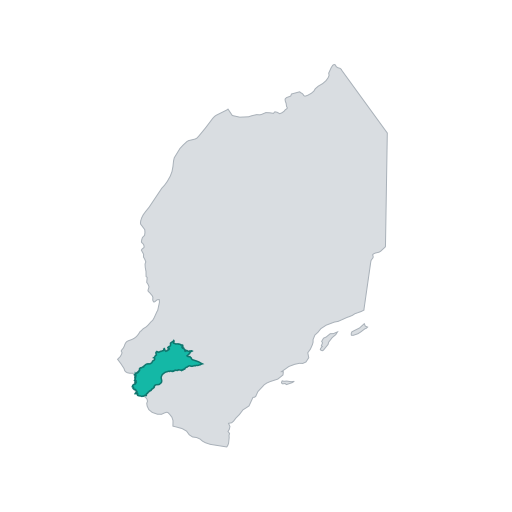 location of Namtumbo, Ruvuma, United Republic of Tanzania, rotated 54°
{"feature_id": "72390352B4837835329020", "entity_name": "Namtumbo", "entity_type": "district", "adm_level": 2, "iso_a3": "TZA", "parent_name": "United Republic of Tanzania", "parent_adm1": "Ruvuma", "projection": "equal_earth", "projection_center": [36.206, -10.673], "detail": "fine", "context": "in_parent", "style": "filled", "palette": "teal", "viewbox_px": 512, "rotation_deg": 54, "n_neighbors": 0, "source": "geoboundaries", "source_scale": "gbopen_adm2", "svg_char_len": 9233}
<svg xmlns="http://www.w3.org/2000/svg" viewBox="0 0 512 512"><g transform="rotate(54 256 256)"><path d="M208.0,357.0L203.9,354.1L200.3,352.4L197.3,350.5L196.0,348.6L193.2,347.9L190.7,347.6L188.5,345.9L183.9,345.3L183.4,344.1L183.3,341.6L182.5,340.9L180.8,340.2L179.0,340.3L177.9,340.6L177.2,340.4L175.7,338.9L174.3,337.0L173.8,334.0L171.7,332.0L169.3,330.5L162.5,330.6L161.4,330.1L159.8,328.6L157.9,326.0L156.4,323.1L155.1,319.1L153.7,313.8L145.8,292.4L145.0,288.4L143.5,283.9L141.0,278.4L138.3,274.3L134.8,270.6L130.7,266.9L128.5,264.4L124.3,254.3L123.4,249.6L122.8,244.7L123.0,242.8L125.6,236.5L125.9,234.7L125.5,232.3L124.2,227.3L122.6,221.2L119.2,210.1L118.7,207.3L118.8,205.2L120.7,193.9L120.7,192.3L128.4,192.6L134.1,187.6L139.0,180.2L140.0,177.1L142.0,172.4L144.0,170.0L144.7,168.4L145.8,163.7L148.4,160.5L150.9,158.0L150.4,156.3L150.8,155.6L152.2,154.4L154.8,153.2L155.4,150.8L155.4,148.0L154.9,146.4L155.0,144.6L154.6,143.6L152.8,143.3L150.2,141.9L148.0,141.3L146.5,140.5L146.0,139.9L145.8,138.2L147.0,133.9L145.8,132.1L148.5,125.0L148.9,124.1L149.9,124.0L151.5,123.2L152.9,122.9L154.1,123.1L155.0,122.8L155.7,122.0L156.4,119.6L156.9,115.5L156.6,112.2L155.5,109.7L155.2,105.8L155.7,100.6L155.3,96.2L154.1,92.7L152.8,90.7L150.8,89.7L147.8,84.4L146.8,81.8L147.0,80.2L148.1,79.5L150.0,79.8L151.8,79.1L153.6,77.7L155.2,77.3L156.1,77.5L233.7,77.5L324.3,145.6L324.7,146.4L325.4,152.3L325.2,154.3L323.8,157.6L323.4,159.4L323.4,160.6L323.8,161.1L324.9,161.3L326.0,162.1L326.3,162.7L327.1,165.3L328.1,166.5L362.5,199.9L363.2,200.4L362.8,203.2L360.8,210.0L360.7,212.8L359.9,216.2L359.2,218.4L357.2,227.9L355.5,231.5L353.2,239.9L352.9,246.2L354.1,250.7L354.6,254.9L357.2,259.0L359.3,260.5L360.8,262.4L363.3,266.7L364.7,271.0L369.3,273.1L371.1,277.9L370.4,281.3L368.3,284.0L366.3,288.5L364.7,294.3L364.6,303.3L365.7,301.9L368.1,304.1L368.4,310.7L365.9,318.4L365.1,322.0L365.0,325.0L366.8,334.2L369.5,338.9L369.3,340.4L368.6,341.6L373.2,349.8L372.8,357.0L374.5,362.6L375.3,367.5L376.4,371.2L376.6,373.7L375.2,376.6L378.6,377.3L380.6,379.6L381.5,381.8L384.0,381.7L385.3,383.3L387.2,384.5L391.4,388.3L392.6,390.1L393.3,391.9L381.5,403.7L377.3,406.7L374.3,408.1L371.1,408.9L368.0,410.7L365.1,413.7L361.4,415.1L356.9,415.1L352.2,417.2L344.8,423.2L340.4,419.9L337.1,418.8L333.2,418.9L330.8,419.3L329.9,420.1L329.2,422.1L328.5,425.5L326.0,428.8L321.5,431.9L317.3,433.0L313.5,432.3L311.0,431.0L309.7,429.1L307.7,428.3L305.1,428.5L302.6,429.7L300.2,432.2L296.4,433.2L291.2,432.9L288.4,431.7L288.0,429.7L285.7,427.3L281.5,424.6L278.4,424.6L276.5,427.2L274.7,428.8L273.0,429.5L271.6,429.6L269.4,428.9L263.7,428.6L258.2,428.7L257.6,424.9L256.5,422.6L255.5,421.2L253.6,420.9L253.1,419.8L252.5,417.5L251.5,415.5L250.3,413.8L249.6,412.3L249.3,410.8L249.5,409.3L250.6,405.4L251.0,402.8L250.9,400.0L250.2,397.2L248.9,393.9L249.1,393.0L248.6,390.7L248.6,389.1L248.8,387.1L248.6,384.5L247.4,379.0L247.4,377.6L246.2,374.9L242.6,368.5L242.4,367.7L236.7,361.3L234.4,359.9L233.6,361.1L233.3,362.2L233.5,364.2L233.4,365.3L233.2,365.7L231.8,365.7L230.9,365.4L228.8,363.7L227.1,363.3L222.9,363.6L221.4,364.0L220.3,363.6L218.1,360.7L215.5,360.0L213.1,359.9L209.3,356.6L208.0,357.0ZM369.9,249.7L371.8,256.8L371.6,258.1L370.2,258.9L369.5,259.0L368.7,257.9L368.1,255.5L367.1,256.0L365.4,253.2L363.7,253.1L362.2,249.7L362.8,246.7L362.5,241.6L364.3,239.0L365.3,234.7L366.5,237.7L366.8,242.3L368.4,247.8L369.9,249.7ZM379.1,207.5L379.3,209.2L378.9,210.8L379.0,215.8L378.8,219.2L377.4,223.8L376.2,225.4L375.2,224.9L374.4,224.2L373.7,222.9L375.1,214.4L374.4,208.2L377.0,208.8L379.1,207.5ZM375.1,309.6L373.7,310.0L373.2,309.6L372.4,308.2L373.8,307.0L375.2,304.7L378.4,301.4L379.9,298.7L379.7,301.3L377.9,307.0L376.3,307.4L375.1,309.6Z" fill="#d9dde1" stroke="#a8b0b8" stroke-width="1"/><path d="M311.7,362.8L311.1,363.1L310.9,363.3L308.1,364.5L305.8,366.0L302.5,368.4L301.8,368.6L301.0,368.5L300.4,368.3L300.0,368.4L299.5,368.6L298.5,368.6L298.1,369.4L297.5,370.0L296.9,370.4L296.2,370.5L296.1,369.0L295.9,368.3L295.8,368.1L296.0,367.7L295.8,367.3L295.9,367.1L295.5,366.3L295.1,366.3L294.8,365.6L294.8,365.3L294.9,365.2L295.1,365.1L295.1,364.8L295.3,364.0L295.1,364.0L295.2,363.6L294.8,363.8L294.6,364.2L294.7,364.7L294.4,364.8L294.4,365.1L294.2,365.2L294.1,365.6L293.9,365.5L293.7,365.7L293.7,366.2L293.5,366.6L293.0,367.0L291.9,367.4L291.8,367.5L291.7,368.5L291.5,368.4L291.2,368.8L291.0,368.7L291.0,368.8L290.9,368.7L290.8,369.1L290.4,369.0L290.4,368.9L289.9,368.8L289.6,368.7L289.2,368.8L289.2,368.7L288.2,368.9L288.0,368.7L287.8,368.8L287.8,368.7L287.6,369.1L287.5,368.9L287.3,369.1L287.2,369.1L287.2,369.4L286.9,369.4L286.7,369.4L286.6,369.2L286.5,369.4L286.3,369.3L286.1,369.4L285.9,369.1L285.8,368.7L285.7,368.7L285.4,368.6L285.6,368.0L285.2,367.8L285.0,368.0L284.8,367.9L284.5,368.4L284.6,368.6L284.5,368.4L284.1,368.6L283.8,368.8L283.7,368.9L283.6,369.1L283.4,369.0L282.6,369.5L282.2,370.0L282.1,369.9L281.8,370.1L281.7,370.2L281.8,370.4L280.9,371.2L279.9,372.8L278.9,373.2L278.1,374.0L277.7,373.8L277.2,373.1L277.1,372.7L276.7,372.6L276.5,372.3L276.3,372.2L276.0,372.2L276.3,373.1L276.2,374.6L276.2,376.2L276.3,376.5L276.7,376.6L277.0,376.9L278.3,377.9L278.3,378.7L278.4,379.0L278.1,379.5L278.1,380.3L278.2,380.6L278.2,381.1L278.4,381.3L278.6,381.3L279.0,381.1L279.4,380.6L279.9,380.5L280.3,380.7L280.5,381.5L280.5,382.6L280.5,382.8L280.3,382.7L280.4,383.0L280.2,383.5L280.2,384.9L279.7,385.1L279.0,385.1L278.5,385.0L278.4,384.9L277.8,384.9L277.6,384.7L277.2,384.6L277.2,384.8L277.4,385.0L277.2,385.0L277.3,385.2L277.2,385.4L277.8,385.6L277.9,386.0L278.0,386.4L278.0,387.0L277.7,387.3L277.4,388.8L277.1,389.1L276.9,389.5L276.9,389.8L277.0,390.0L276.9,390.3L277.0,390.5L276.6,391.0L276.7,391.4L276.5,391.7L276.1,391.7L276.0,391.9L275.3,392.1L275.0,392.4L275.3,392.7L275.3,392.9L275.1,393.3L275.2,393.6L275.7,394.1L276.3,394.1L276.7,394.5L277.5,394.7L277.6,396.4L278.2,397.3L278.2,398.5L278.7,398.1L279.0,398.2L279.8,398.4L280.4,399.6L280.4,400.3L280.2,400.8L280.3,401.6L281.1,402.9L281.0,405.1L280.0,406.4L279.9,406.8L279.6,406.9L279.5,407.4L279.2,407.8L279.1,408.2L279.0,409.2L279.1,409.6L279.1,411.2L279.4,411.7L279.7,412.0L279.5,412.5L279.2,412.7L279.1,413.5L279.2,413.8L279.2,414.3L278.5,415.3L278.5,415.5L278.7,415.8L278.7,416.0L278.8,416.2L278.7,416.4L278.8,416.6L279.2,416.7L279.5,417.1L279.6,417.3L280.0,417.3L280.3,417.9L280.2,418.1L280.4,418.3L280.3,418.5L280.5,418.9L280.2,418.8L280.3,419.2L280.4,419.3L280.4,419.5L280.5,419.4L280.4,419.6L280.6,419.7L280.4,420.0L280.5,420.2L280.4,420.2L280.4,420.4L280.5,420.3L280.5,420.7L280.6,420.9L280.7,421.2L280.8,421.3L280.8,421.7L280.6,421.7L280.6,421.9L280.5,422.0L280.7,422.4L281.0,422.9L280.9,423.1L280.4,423.0L280.6,423.2L280.5,423.3L280.5,423.6L280.3,423.5L280.6,423.8L280.7,423.6L280.9,423.6L281.4,424.0L281.9,424.0L282.2,423.5L282.3,423.5L282.5,423.9L282.7,424.9L282.8,425.0L282.9,424.5L283.1,424.8L283.3,424.7L283.5,425.2L283.9,425.6L284.1,425.5L284.7,425.9L284.7,426.2L285.2,426.9L285.3,427.4L285.6,427.3L286.3,426.9L286.3,426.6L286.5,426.4L286.8,426.6L286.8,426.9L286.7,427.4L286.9,427.8L287.3,428.0L287.4,428.3L287.7,428.4L288.0,427.7L288.3,428.3L288.6,428.7L288.5,429.0L288.3,429.4L288.3,430.0L288.1,430.5L288.2,431.0L288.1,431.4L288.4,432.0L289.0,432.9L289.5,432.5L290.3,432.3L290.5,432.5L290.6,433.2L290.9,433.3L291.5,433.2L291.8,432.9L292.4,433.0L293.1,432.0L293.6,432.2L293.9,432.0L294.6,432.1L295.7,432.0L296.4,432.6L296.0,433.8L296.1,434.3L296.3,434.7L297.1,433.7L297.3,433.6L297.7,432.6L298.0,432.7L298.4,433.0L298.5,433.3L298.8,433.6L299.3,433.6L300.5,432.7L301.2,431.8L302.5,430.9L302.7,430.6L302.8,429.8L303.2,429.6L303.4,427.8L304.3,427.1L304.4,426.8L304.3,426.6L303.6,426.4L303.5,425.9L303.1,425.5L303.1,425.2L303.3,424.9L303.2,424.7L303.3,424.4L303.0,424.1L303.0,423.7L302.8,423.4L302.9,423.1L302.8,422.9L302.9,422.5L302.8,422.0L302.6,421.6L302.8,421.5L302.8,421.3L302.9,421.2L302.9,420.6L303.0,420.2L302.8,420.2L302.9,419.6L302.7,419.2L302.7,418.9L302.5,418.7L302.6,418.4L302.5,418.2L302.5,417.8L302.6,417.7L302.6,417.2L302.5,416.9L302.6,416.4L302.5,416.0L302.3,416.1L302.2,415.7L302.1,415.8L302.0,415.7L301.6,414.9L301.3,414.3L301.4,414.2L301.3,413.6L301.2,413.4L301.3,413.0L301.4,412.6L302.8,410.3L303.0,409.8L302.9,407.9L302.8,407.3L302.5,406.5L302.1,406.1L301.2,405.4L298.9,404.4L298.1,403.7L297.1,402.1L296.8,401.3L296.7,400.9L296.8,400.1L296.7,399.2L296.7,397.8L297.3,396.0L297.6,395.4L297.7,394.8L298.2,393.9L298.6,393.8L298.8,392.8L298.9,392.7L298.9,392.4L299.5,392.1L299.8,392.0L299.9,391.8L300.1,391.5L300.1,391.2L300.4,391.2L300.4,390.5L300.8,390.4L300.8,389.8L300.7,389.7L300.8,389.4L300.9,389.2L300.7,389.1L300.8,388.6L301.1,388.1L301.4,388.0L301.8,387.4L302.3,387.1L302.4,386.9L302.3,386.6L302.3,386.1L302.6,385.9L302.5,385.5L302.8,385.2L303.0,385.2L303.3,384.7L304.3,383.9L304.5,383.6L304.5,383.3L304.6,383.0L305.0,383.2L305.0,382.5L305.2,382.3L305.0,381.9L305.2,381.7L305.0,381.4L305.0,381.2L305.3,380.9L305.3,380.4L305.5,380.4L305.6,380.1L305.4,379.8L305.2,379.6L305.0,378.2L305.3,377.3L305.4,377.2L305.3,376.3L305.6,374.6L305.9,374.1L306.8,373.5L307.5,372.8L307.8,372.3L308.6,370.0L308.8,369.8L309.1,369.8L309.4,368.5L310.1,367.8L310.4,367.3L311.0,365.4L311.2,365.2L311.3,364.2L311.5,363.3L311.7,362.8Z" fill="#14b8a6" stroke="#0f766e" stroke-width="1.5"/></g></svg>